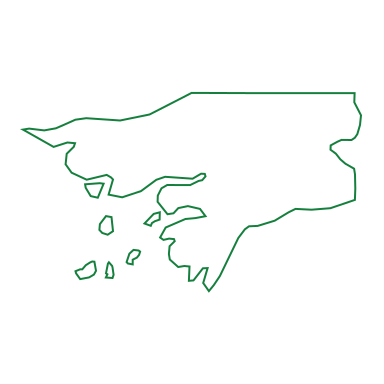 map outline of Guinea-Bissau (orthographic projection)
{"feature_id": "GNB", "entity_name": "Guinea-Bissau", "entity_type": "country or territory", "adm_level": 0, "iso_a3": "GNB", "parent_name": "Africa", "parent_adm1": "", "projection": "orthographic", "projection_center": [-15.403, 11.81], "detail": "fine", "context": "isolated", "style": "outline", "palette": "green", "viewbox_px": 384, "rotation_deg": 0, "n_neighbors": 0, "source": "natural_earth", "source_scale": "50m", "svg_char_len": 1951}
<svg xmlns="http://www.w3.org/2000/svg" viewBox="0 0 384 384"><path d="M23.0,129.6L29.1,128.6L44.2,130.4L55.9,128.3L64.2,124.7L75.4,119.7L86.2,118.2L120.1,120.5L149.5,114.5L171.4,103.3L191.6,92.9L217.8,93.0L245.9,93.1L285.7,93.1L317.3,93.1L354.6,93.1L354.3,102.3L361.0,115.3L360.0,125.0L357.3,134.2L354.8,137.8L351.5,140.0L341.5,139.9L337.3,141.8L330.7,145.4L330.5,149.7L335.9,153.7L340.3,159.3L345.4,163.7L354.1,168.7L355.0,174.4L355.3,188.7L354.9,199.9L330.4,208.2L311.5,209.7L295.5,208.9L288.6,212.3L274.7,220.7L257.7,225.9L249.0,226.3L244.9,229.3L238.3,238.0L219.9,276.0L213.8,285.1L208.9,291.1L203.2,283.0L207.6,268.1L202.9,268.3L193.5,280.4L188.9,280.8L189.5,266.5L184.3,266.0L178.2,267.0L169.8,259.5L168.9,254.0L169.6,246.2L174.7,241.2L174.0,239.1L169.1,238.6L163.5,239.9L160.1,237.5L165.7,227.5L185.4,219.0L195.3,218.1L205.5,216.2L200.0,208.9L187.9,206.1L178.3,208.1L173.5,213.3L167.5,214.2L157.6,201.8L157.8,195.6L161.5,188.3L167.2,185.0L190.1,185.1L198.7,180.9L202.2,180.2L205.5,176.4L204.8,173.9L201.1,173.7L192.6,178.7L165.1,176.8L156.3,179.8L141.0,191.1L122.2,197.3L108.6,194.6L113.0,179.5L111.0,177.4L106.7,174.9L86.7,179.7L71.6,172.7L65.6,164.3L66.7,153.8L73.8,146.8L75.0,143.2L67.4,142.5L53.6,146.9L23.0,129.6ZM89.1,277.4L80.2,279.1L76.1,273.4L75.5,271.2L80.2,269.3L82.3,269.3L85.8,265.2L90.2,262.4L92.2,261.5L94.4,261.7L96.0,270.8L93.9,274.6L89.1,277.4ZM113.0,231.2L107.7,234.7L102.3,233.0L99.4,229.9L99.9,224.1L106.0,216.1L111.5,217.1L113.0,231.2ZM103.6,183.7L97.8,197.7L90.7,196.1L85.7,187.8L85.1,184.3L99.7,183.2L103.6,183.7ZM132.7,259.7L132.7,264.4L127.9,263.5L126.6,262.1L129.4,253.7L133.5,249.9L138.6,250.5L140.1,251.6L139.1,254.9L136.9,257.6L132.7,259.7ZM151.9,223.1L150.8,225.8L144.5,223.5L153.7,213.9L159.8,212.3L159.6,219.6L154.9,221.2L151.9,223.1ZM113.6,274.8L112.5,278.0L105.9,277.5L107.4,274.3L106.0,273.4L107.9,263.7L108.9,262.3L112.1,265.9L112.5,267.3L113.6,274.8Z" fill="none" stroke="#15803d" stroke-width="2"/></svg>